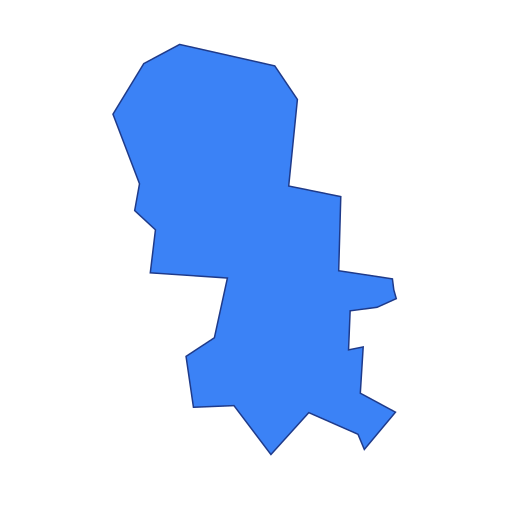 the border of Grobinas, rotated 194°
{"feature_id": "LVA-5716", "entity_name": "Grobinas", "entity_type": "Municipality", "adm_level": 1, "iso_a3": "LVA", "parent_name": "Latvia", "parent_adm1": "", "projection": "robinson", "projection_center": [21.193, 56.504], "detail": "fine", "context": "isolated", "style": "filled", "palette": "blue", "viewbox_px": 512, "rotation_deg": 194, "n_neighbors": 0, "source": "natural_earth", "source_scale": "10m", "svg_char_len": 539}
<svg xmlns="http://www.w3.org/2000/svg" viewBox="0 0 512 512"><g transform="rotate(194 256 256)"><path d="M118.1,266.8L114.1,256.5L109.6,248.6L126.0,235.6L151.4,225.6L143.5,187.3L130.0,193.7L121.6,148.1L82.9,138.2L104.1,94.5L113.9,107.7L166.9,116.8L193.5,67.0L241.2,105.5L280.1,94.1L299.6,141.7L276.6,166.6L278.4,227.7L354.5,214.1L359.9,257.1L384.7,270.7L386.5,297.9L429.1,359.0L411.4,415.6L381.3,442.8L283.8,445.0L253.7,417.9L241.2,331.8L188.1,334.1L172.2,261.7L118.1,266.8Z" fill="#3b82f6" stroke="#1e3a8a" stroke-width="1.5"/></g></svg>